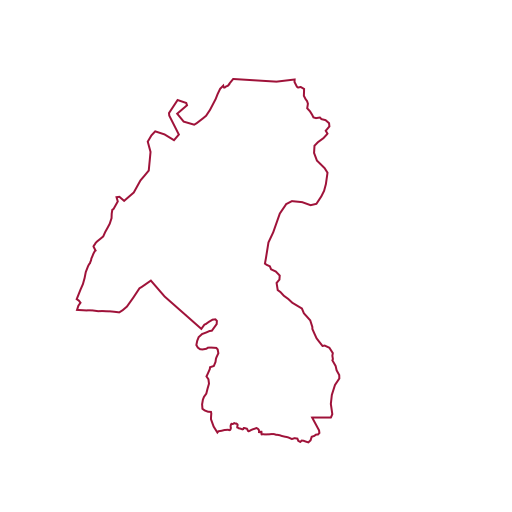 outline of Rijau, Niger, Nigeria, rotated 216°
{"feature_id": "59680162B75618838886778", "entity_name": "Rijau", "entity_type": "district", "adm_level": 2, "iso_a3": "NGA", "parent_name": "Nigeria", "parent_adm1": "Niger", "projection": "robinson", "projection_center": [5.043, 11.05], "detail": "fine", "context": "isolated", "style": "outline", "palette": "rose", "viewbox_px": 512, "rotation_deg": 216, "n_neighbors": 0, "source": "geoboundaries", "source_scale": "gbopen_adm2", "svg_char_len": 4497}
<svg xmlns="http://www.w3.org/2000/svg" viewBox="0 0 512 512"><g transform="rotate(216 256 256)"><path d="M369.1,107.2L360.7,112.6L360.5,112.9L356.6,115.7L351.2,118.6L347.9,121.2L344.6,123.3L341.6,125.4L338.2,127.4L333.5,130.0L332.0,133.8L330.7,139.2L330.8,150.2L331.3,161.4L330.3,163.7L326.6,174.3L306.1,169.5L257.4,164.9L257.4,165.5L257.4,167.7L257.4,169.2L257.4,170.0L257.2,170.5L256.4,171.9L256.4,172.1L255.4,175.1L253.7,179.0L251.6,180.9L249.5,180.5L247.8,177.8L247.8,173.9L247.8,169.9L247.8,169.6L249.5,168.0L251.3,164.9L253.4,161.7L253.7,161.4L254.7,156.7L253.7,152.8L252.0,149.1L251.9,148.9L249.2,147.7L246.5,147.7L244.4,148.9L241.7,151.7L241.5,152.1L241.0,153.6L240.9,153.7L237.9,155.9L234.1,158.3L232.1,157.9L229.3,155.2L228.4,150.6L228.0,149.3L226.5,146.5L225.5,142.4L225.5,142.2L227.5,139.4L227.8,139.0L227.3,138.1L226.9,137.3L225.8,132.3L225.3,129.5L222.0,128.3L219.0,125.1L217.3,120.4L215.3,115.4L215.3,112.9L215.3,111.5L214.7,109.2L214.6,108.7L212.8,105.1L212.5,104.4L209.5,100.9L206.7,100.9L203.3,101.8L200.8,103.4L199.6,102.3L197.8,99.4L196.5,97.5L190.0,93.1L183.5,90.5L183.5,91.1L183.4,91.2L183.4,92.1L183.2,92.3L182.5,93.0L181.1,94.4L179.3,96.6L176.5,99.0L175.2,99.4L174.7,100.1L174.7,100.3L174.9,101.3L175.3,102.2L176.0,102.7L176.5,103.4L176.8,103.9L176.9,104.2L177.2,105.1L177.2,105.8L176.9,105.9L176.2,106.3L175.7,107.0L175.6,107.3L175.4,108.0L174.2,108.3L173.4,108.9L172.2,108.9L171.5,108.5L171.2,107.6L170.8,106.9L170.4,106.3L169.4,106.5L168.6,106.5L167.4,107.1L166.3,107.4L165.6,107.6L164.9,107.9L164.7,108.4L164.6,108.5L164.8,109.6L164.5,109.8L163.9,110.2L163.1,110.4L162.0,110.9L161.2,110.7L160.4,110.2L159.6,109.8L158.9,109.9L158.2,111.1L158.0,111.7L157.4,112.8L156.6,114.1L155.6,115.4L154.5,117.1L152.9,117.3L151.6,117.0L150.8,116.3L150.3,115.8L150.0,115.3L149.6,115.5L148.9,116.6L148.3,117.0L147.8,116.5L147.5,115.8L147.1,115.3L146.6,115.0L145.5,116.0L143.9,116.9L142.2,118.2L141.3,118.9L140.4,119.6L139.1,120.8L138.0,121.6L136.9,122.4L135.9,122.8L134.8,123.1L133.4,124.0L131.3,125.0L129.5,125.5L126.4,126.8L124.8,127.6L123.2,128.2L121.4,128.6L119.4,129.0L117.7,131.3L115.2,132.6L113.1,131.3L110.9,131.6L110.8,132.1L110.5,133.6L110.3,133.7L108.9,134.5L107.4,134.9L106.1,135.3L104.1,136.0L104.0,136.5L103.5,138.9L104.7,142.5L104.4,142.9L103.1,144.7L103.0,145.0L102.5,146.7L102.4,146.8L100.9,148.1L100.9,148.4L100.7,150.1L102.5,152.0L115.6,158.3L115.1,158.7L114.5,159.1L100.5,169.3L100.5,169.6L101.3,172.9L108.5,180.3L113.0,188.2L116.3,198.1L116.6,205.9L117.6,207.2L118.7,208.6L123.6,210.9L126.9,213.8L132.9,216.5L133.2,217.8L135.6,220.2L136.8,222.6L142.7,224.9L147.8,223.9L149.3,222.3L154.9,223.9L158.6,225.0L163.2,227.6L167.5,230.1L168.7,231.7L174.3,235.8L183.6,237.8L188.0,240.5L199.1,239.5L204.7,240.2L210.1,240.2L215.1,241.2L216.7,241.2L218.4,241.2L223.5,246.3L223.2,250.7L225.3,254.1L230.9,255.1L232.8,254.7L236.0,254.1L238.7,255.8L242.3,255.1L244.3,255.1L246.7,260.1L250.5,267.6L253.9,274.3L256.0,285.3L261.7,304.4L262.0,314.1L262.1,315.8L261.8,316.3L259.2,321.5L250.3,326.7L241.7,329.2L237.8,333.7L237.8,333.9L238.2,342.6L239.2,348.7L241.7,355.2L247.1,365.4L252.1,367.4L262.8,369.0L269.6,373.5L273.5,379.6L272.8,384.5L270.7,391.0L270.1,396.3L270.1,397.0L273.2,398.3L272.8,404.0L275.0,406.4L279.6,406.8L283.5,405.2L285.7,405.6L288.5,402.8L291.0,401.9L293.5,403.2L297.4,404.8L301.4,405.6L303.5,409.7L305.7,411.3L308.2,412.1L311.4,413.7L313.9,417.4L315.3,419.4L319.2,419.0L321.0,417.0L322.4,417.0L327.1,419.4L328.5,421.5L341.9,409.1L351.3,403.1L378.5,385.8L378.8,380.7L378.8,378.7L378.6,378.7L378.8,377.2L379.9,375.5L380.3,374.0L380.8,373.5L381.6,373.7L382.2,374.1L382.6,374.5L383.3,370.2L382.2,364.3L380.9,359.3L379.1,347.2L378.8,340.1L379.8,336.2L382.1,328.4L383.2,325.9L393.5,322.2L403.4,324.8L400.4,337.4L402.4,338.8L411.1,336.1L410.4,320.5L408.7,318.6L389.8,308.9L390.4,301.5L401.5,300.6L410.8,297.6L411.5,292.1L410.8,284.9L402.5,278.2L398.0,270.6L396.3,267.7L393.0,262.1L393.3,257.3L393.3,257.2L393.9,249.2L392.2,235.5L395.1,223.1L401.3,223.6L403.4,221.6L399.9,218.9L398.9,210.4L399.4,208.9L397.6,205.4L395.1,201.7L393.3,196.1L392.7,191.8L392.1,186.8L391.1,182.0L392.1,178.1L392.4,177.0L393.1,174.4L393.3,173.2L393.4,172.0L393.2,170.5L393.3,169.1L393.0,168.1L389.0,166.1L389.3,165.3L389.2,164.5L388.9,162.3L388.2,159.5L387.7,157.2L386.9,155.5L386.5,153.7L386.1,152.7L386.2,151.2L385.9,149.1L384.3,143.0L381.7,137.4L379.5,131.5L378.3,126.0L375.7,115.7L373.1,115.8L370.5,115.0L370.5,111.5L369.1,107.2Z" fill="none" stroke="#9f1239" stroke-width="2"/></g></svg>